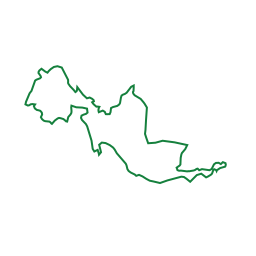 the border of Limburg, rotated 111°
{"feature_id": "NLD-898", "entity_name": "Limburg", "entity_type": "Province", "adm_level": 1, "iso_a3": "NLD", "parent_name": "Netherlands", "parent_adm1": "", "projection": "mercator", "projection_center": [5.902, 51.263], "detail": "fine", "context": "isolated", "style": "outline", "palette": "green", "viewbox_px": 256, "rotation_deg": 111, "n_neighbors": 0, "source": "natural_earth", "source_scale": "10m", "svg_char_len": 2619}
<svg xmlns="http://www.w3.org/2000/svg" viewBox="0 0 256 256"><g transform="rotate(111 128 128)"><path d="M136.4,29.9L135.7,30.6L135.6,32.8L136.8,33.3L140.5,33.2L142.0,33.9L144.8,36.1L146.1,37.4L144.4,43.2L147.3,46.9L155.9,50.7L154.4,55.3L153.7,58.2L154.3,60.7L162.8,72.4L167.9,78.4L168.8,85.1L169.4,88.8L168.9,92.8L168.0,97.1L167.8,100.9L169.7,103.2L169.0,105.0L168.6,109.4L167.9,112.0L166.6,113.8L163.4,116.0L162.1,117.3L155.6,129.4L152.9,132.7L151.6,134.9L150.5,138.9L150.1,143.5L151.0,147.2L154.0,148.9L160.3,144.5L163.3,145.5L162.3,146.1L159.3,148.5L162.0,151.0L160.1,153.5L152.9,157.5L141.1,166.7L139.4,168.7L137.0,173.8L135.4,175.5L133.1,175.8L131.4,174.2L129.9,172.3L128.1,171.3L124.6,173.2L125.3,177.9L127.2,183.7L127.4,188.8L129.1,188.4L132.4,186.8L134.1,186.3L135.9,186.5L139.2,187.7L143.8,187.1L144.0,188.2L143.3,189.9L142.8,191.5L143.0,194.4L143.3,196.0L144.3,197.1L147.3,199.0L151.4,200.5L151.2,201.3L150.5,202.4L150.2,203.7L151.3,207.8L151.3,209.4L150.5,211.5L149.1,213.2L146.2,213.0L144.5,214.0L143.4,216.0L143.5,217.7L143.8,219.6L143.1,222.0L141.3,223.7L139.3,223.2L139.9,225.8L140.8,227.4L142.1,228.3L142.9,229.5L142.7,232.2L140.1,232.6L130.9,232.3L129.5,231.9L128.0,231.4L117.0,231.7L115.7,230.8L113.1,227.9L111.8,227.4L110.7,228.3L109.3,230.4L108.7,231.3L107.4,231.6L106.0,231.3L103.7,230.0L105.0,225.4L105.2,223.0L103.2,222.4L100.5,221.1L99.8,220.6L97.6,219.1L95.6,216.0L95.3,211.5L104.5,201.2L105.9,200.6L107.4,200.1L108.0,199.6L109.7,197.1L111.9,192.4L113.3,190.0L112.1,189.2L110.9,189.2L108.0,190.0L113.0,182.0L115.0,177.0L113.3,174.7L113.6,172.0L114.3,170.1L115.3,169.4L116.8,170.7L117.7,169.4L118.4,167.9L119.4,165.2L119.0,164.3L118.8,163.7L118.5,162.3L119.9,162.4L121.3,162.2L122.6,161.7L123.7,160.9L120.8,157.8L121.2,155.5L123.0,153.7L122.7,152.7L121.6,150.1L119.4,150.0L115.5,151.0L113.8,149.5L111.2,145.9L109.1,144.6L107.5,144.4L102.1,145.5L100.0,145.6L98.6,144.6L97.4,143.2L95.6,141.9L88.4,139.8L86.3,137.9L88.4,137.1L91.5,136.1L92.6,136.3L93.5,135.8L94.4,134.8L95.1,133.4L96.3,126.6L98.5,122.6L99.4,121.2L102.1,117.7L114.5,113.9L123.5,111.0L127.4,110.0L130.4,107.6L135.0,103.7L131.9,97.1L127.5,91.1L124.7,79.4L122.7,66.6L127.2,67.0L132.1,68.7L133.6,68.7L137.0,68.1L143.3,66.0L144.5,66.3L147.6,68.4L149.6,66.7L149.6,65.0L148.8,63.3L147.3,57.2L146.7,56.3L146.6,55.6L144.1,51.4L143.0,50.2L141.7,49.4L141.0,48.4L141.9,46.4L139.9,44.2L138.2,36.8L136.3,35.2L131.1,34.7L129.1,33.4L128.0,30.9L128.4,28.4L125.9,27.2L125.9,24.4L127.1,23.6L128.3,23.4L128.9,23.4L129.3,23.5L129.9,24.3L132.2,27.4L132.6,27.8L135.9,30.1L136.3,29.9L136.4,29.9Z" fill="none" stroke="#15803d" stroke-width="2"/></g></svg>